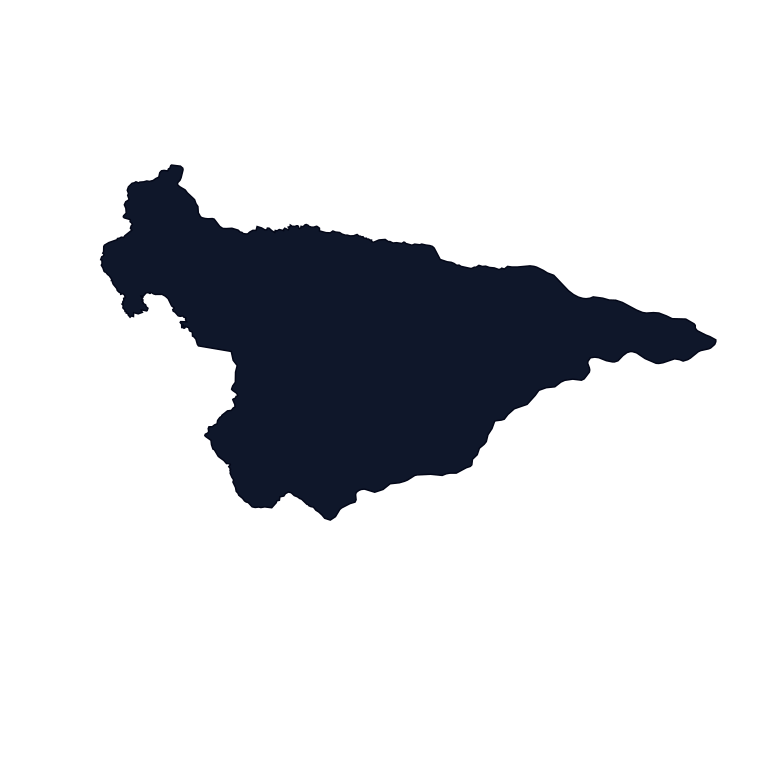 the district of Fredonia, Antioquia, Colombia, rotated 286°
{"feature_id": "7082276B62659196933194", "entity_name": "Fredonia", "entity_type": "district", "adm_level": 2, "iso_a3": "COL", "parent_name": "Colombia", "parent_adm1": "Antioquia", "projection": "equal_earth", "projection_center": [-75.678, 5.875], "detail": "fine", "context": "isolated", "style": "filled", "palette": "ink", "viewbox_px": 768, "rotation_deg": 286, "n_neighbors": 0, "source": "geoboundaries", "source_scale": "gbopen_adm2", "svg_char_len": 6115}
<svg xmlns="http://www.w3.org/2000/svg" viewBox="0 0 768 768"><g transform="rotate(286 384 384)"><path d="M537.3,128.3L535.9,119.4L535.1,118.8L532.5,118.7L531.3,117.5L529.2,117.4L528.7,113.7L527.6,111.3L525.3,110.2L520.8,110.5L518.6,108.0L516.0,106.0L514.1,102.7L513.8,100.0L512.1,97.3L510.7,93.5L509.7,92.8L510.0,89.8L508.6,88.5L507.5,86.5L503.1,84.0L499.5,83.8L496.7,85.9L494.7,85.6L491.4,88.0L490.3,87.6L488.0,85.5L484.7,85.0L481.8,87.4L477.2,89.1L474.0,87.3L472.8,87.3L472.1,88.5L472.1,94.8L470.0,95.2L469.3,96.9L467.9,98.2L466.3,97.4L463.8,97.3L462.4,99.2L455.1,94.0L453.1,93.4L452.7,90.9L451.3,89.6L450.4,87.7L449.1,87.6L444.1,80.5L440.4,77.0L438.9,76.7L433.9,78.0L432.2,77.6L431.6,79.0L430.9,79.2L429.6,78.8L428.5,77.6L425.4,77.4L425.2,78.7L422.0,79.8L420.3,79.5L418.1,81.8L415.1,83.9L414.7,84.9L414.8,85.7L413.1,88.1L412.4,90.0L409.7,93.3L408.2,93.4L408.2,94.6L406.8,95.0L405.2,96.3L402.1,100.8L400.4,101.8L399.1,104.3L398.9,105.9L397.7,106.2L398.9,108.2L397.9,110.1L395.7,111.5L394.6,110.1L392.4,111.0L391.6,110.3L390.5,110.3L389.4,111.1L388.6,110.1L387.6,111.7L385.2,112.0L383.8,114.4L382.3,115.1L382.4,116.5L381.2,116.6L381.1,119.1L380.0,118.9L378.2,121.5L379.8,122.5L379.8,124.6L383.6,123.7L383.7,128.4L386.3,132.0L387.6,130.4L388.4,130.2L388.8,135.6L389.3,136.1L391.8,136.2L392.6,134.2L394.4,133.0L395.1,130.3L396.3,129.9L396.7,128.8L398.3,129.2L398.7,127.6L400.6,128.3L401.1,126.4L401.5,126.1L402.0,128.3L406.0,130.2L406.9,132.1L406.5,133.8L406.7,134.3L407.6,134.1L407.7,135.5L407.1,137.6L407.1,139.6L409.0,145.9L408.2,149.5L406.6,152.9L400.5,158.4L399.5,161.2L398.7,161.3L397.4,160.4L396.0,161.2L395.4,163.4L392.8,167.4L392.9,169.4L394.0,171.8L393.1,173.1L393.0,175.2L391.1,175.5L389.5,177.2L387.9,171.3L387.0,171.1L385.7,173.0L382.5,174.0L382.7,175.1L385.1,174.9L384.5,175.7L382.5,176.4L382.8,177.0L384.8,177.6L384.4,178.3L384.4,180.7L381.8,182.2L381.3,183.0L381.3,184.7L380.6,185.6L377.3,186.7L377.0,188.2L375.3,190.8L370.8,193.6L369.5,195.1L373.2,228.2L365.2,232.5L361.3,237.8L354.5,238.0L344.7,240.6L340.5,239.1L337.0,238.9L336.2,240.0L334.5,244.9L332.7,246.6L332.0,246.5L331.4,245.3L329.3,244.9L327.9,243.1L327.3,242.9L323.3,246.2L320.9,247.1L319.3,245.6L316.6,244.6L315.0,240.9L309.2,236.8L308.1,236.8L306.6,235.4L303.1,234.1L299.7,234.5L297.9,232.3L295.6,230.7L294.6,227.5L292.7,227.3L290.0,228.6L288.2,228.0L286.5,226.1L285.2,225.9L284.4,226.8L282.2,233.2L278.1,234.9L274.3,237.5L274.0,239.1L268.7,244.7L266.3,251.2L264.1,254.5L264.6,256.4L264.4,258.4L263.9,258.6L261.8,257.5L259.9,260.0L258.8,259.6L257.4,260.5L255.8,260.7L252.4,263.5L250.4,265.9L248.1,265.8L243.6,269.8L240.1,271.5L238.7,273.8L237.1,275.0L235.1,279.6L233.2,282.1L232.6,283.9L232.6,286.2L229.6,291.1L229.8,294.2L231.2,297.5L231.3,299.7L233.0,303.2L234.1,310.2L240.1,313.1L242.2,313.2L243.4,315.5L246.8,315.0L248.7,318.6L251.5,319.5L253.8,321.9L253.9,324.8L252.0,328.5L251.7,332.0L250.7,334.5L250.6,336.5L247.1,343.1L247.1,344.7L246.3,345.3L246.0,347.4L246.2,350.1L243.9,353.3L243.0,356.5L241.0,360.5L238.6,364.0L238.4,369.9L243.1,373.9L251.2,376.1L253.2,377.4L259.7,384.3L262.5,388.7L265.0,389.1L269.8,387.2L272.1,387.2L274.7,389.1L276.3,391.1L277.5,393.9L277.6,395.3L277.4,404.9L282.4,412.2L289.8,417.4L293.3,426.0L296.2,430.6L298.2,433.1L304.6,438.8L305.8,441.0L310.1,453.7L312.2,465.2L314.8,468.5L316.4,471.7L318.3,478.1L326.3,486.3L328.6,489.7L330.5,490.7L336.0,489.8L341.7,493.1L348.5,493.4L353.7,496.9L356.8,498.2L363.8,497.9L370.9,500.1L378.6,500.6L379.4,501.4L381.7,506.8L383.3,509.3L388.9,511.5L396.1,516.1L403.9,527.2L414.7,532.5L420.6,534.6L425.2,541.0L428.4,549.0L434.6,553.5L437.4,556.8L440.7,564.1L442.1,572.8L444.1,575.0L452.0,578.1L454.2,577.9L456.2,576.9L460.0,574.1L462.1,573.8L466.1,575.2L467.9,579.2L468.5,583.2L467.7,591.3L468.2,597.4L468.7,599.4L470.8,602.5L477.1,605.8L481.2,608.9L483.1,611.9L483.6,613.7L483.6,618.1L480.4,628.0L478.9,639.8L479.5,642.5L481.3,646.3L488.3,656.4L488.9,661.5L488.5,665.2L491.1,669.2L493.4,671.4L501.7,677.2L503.4,679.2L507.3,686.4L508.7,688.1L513.2,691.0L516.1,691.3L517.9,690.8L519.4,684.2L519.8,679.6L521.6,670.4L523.4,667.9L526.2,667.0L527.3,665.5L529.6,656.2L526.2,643.0L527.3,636.8L528.0,628.7L526.9,623.4L524.5,616.7L524.0,612.9L524.7,606.4L528.1,590.7L528.4,583.7L526.8,577.4L526.8,570.6L525.4,561.1L523.3,558.5L521.7,554.8L521.1,551.6L521.1,546.9L522.2,541.5L524.5,535.6L535.3,517.2L535.8,510.4L537.1,505.9L538.4,498.5L538.4,495.7L537.8,491.8L533.3,480.2L531.7,474.7L531.1,470.4L527.7,468.0L527.8,465.2L526.7,464.5L525.7,462.9L526.0,458.1L525.1,453.2L525.3,449.3L524.1,446.1L524.2,442.5L521.7,440.4L521.1,438.5L519.3,436.5L518.9,435.0L518.3,425.6L519.0,423.4L518.1,421.2L519.2,418.0L519.5,415.0L518.9,411.1L519.2,403.7L528.5,394.8L529.6,392.6L529.7,389.9L529.1,385.8L528.9,381.7L527.7,380.0L526.9,374.9L525.1,372.6L525.1,366.0L525.8,365.1L525.9,364.0L524.0,362.4L523.3,357.1L522.0,353.8L522.6,350.5L522.1,348.8L523.3,345.3L521.1,339.5L517.3,334.8L517.5,332.8L518.9,332.4L518.5,330.7L519.1,329.3L518.5,328.0L519.3,327.0L518.6,324.8L519.8,323.2L519.2,321.8L519.6,320.7L519.3,319.3L520.3,316.9L518.1,313.9L517.0,310.6L517.0,307.9L516.4,305.6L516.6,302.1L517.4,299.6L516.7,295.5L517.0,292.7L514.5,290.7L513.5,286.5L513.4,279.8L516.0,279.0L517.0,276.4L517.0,275.6L515.5,273.4L514.8,271.3L514.9,268.3L515.6,267.4L515.9,265.3L515.2,264.2L512.9,262.9L512.7,260.8L511.0,261.0L510.1,259.8L510.4,259.1L512.0,258.2L512.3,257.3L511.9,256.1L510.9,255.1L510.7,253.6L510.2,252.9L511.0,250.1L509.5,250.4L508.4,248.7L507.4,250.1L505.8,249.4L506.4,245.7L505.5,245.6L505.1,244.9L503.8,245.2L503.6,240.7L501.8,239.1L501.6,237.1L499.5,237.2L500.4,234.0L502.1,230.5L501.7,228.9L500.0,228.8L499.3,227.2L500.3,223.3L500.4,218.6L496.4,218.7L495.5,215.5L492.9,212.9L490.8,211.7L490.2,210.1L489.8,207.2L490.6,205.6L490.4,203.8L491.7,201.4L491.8,194.9L489.9,189.5L489.1,186.2L490.2,182.7L495.7,175.3L495.7,173.4L494.3,169.3L493.8,166.4L493.7,163.2L494.2,161.5L497.4,158.3L503.3,156.2L505.6,153.5L509.0,151.1L513.6,142.2L515.7,139.5L517.3,133.4L518.4,130.9L520.5,130.1L523.5,131.7L526.3,132.1L534.5,131.8L536.0,131.1L537.3,128.3Z" fill="#0f172a" stroke="#020617" stroke-width="1.5"/></g></svg>